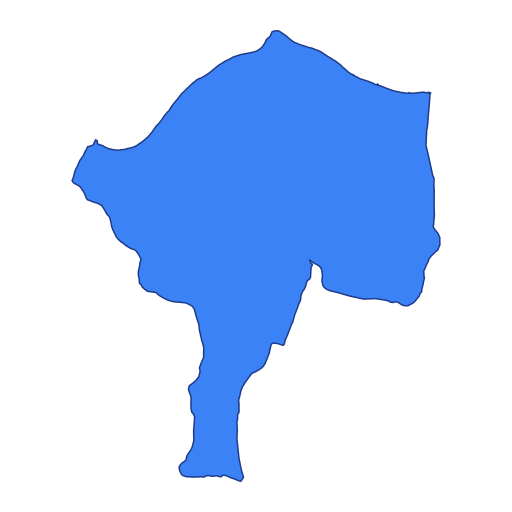 outline of Dom Aleixo, Dili, East Timor
{"feature_id": "22284137B34351426942246", "entity_name": "Dom Aleixo", "entity_type": "district", "adm_level": 2, "iso_a3": "TLS", "parent_name": "East Timor", "parent_adm1": "Dili", "projection": "natural_earth1", "projection_center": [125.529, -8.576], "detail": "fine", "context": "isolated", "style": "filled", "palette": "blue", "viewbox_px": 512, "rotation_deg": 0, "n_neighbors": 0, "source": "geoboundaries", "source_scale": "gbopen_adm2", "svg_char_len": 5941}
<svg xmlns="http://www.w3.org/2000/svg" viewBox="0 0 512 512"><path d="M240.8,481.3L241.9,479.8L243.5,477.2L241.5,470.5L240.6,466.5L238.9,457.7L236.9,438.5L237.3,429.7L236.9,422.2L237.6,418.9L237.6,414.6L239.0,412.3L239.0,403.8L238.6,400.2L239.9,395.5L241.0,390.3L242.5,386.7L245.1,382.5L248.3,378.1L251.8,373.4L255.8,371.6L258.5,370.0L261.0,368.4L263.3,366.3L265.2,363.2L267.0,358.8L269.2,353.1L271.2,344.2L272.7,343.2L274.7,343.2L278.3,343.7L281.9,345.0L283.5,345.2L284.3,343.9L285.2,340.3L287.0,336.1L290.4,327.5L290.7,326.1L292.7,322.1L294.8,314.5L297.3,308.2L298.9,303.7L300.5,300.3L300.9,295.8L302.2,292.1L304.3,289.1L305.7,286.0L306.3,283.3L307.2,280.8L309.5,279.1L310.5,277.5L311.0,268.2L311.3,267.3L312.2,265.1L312.4,264.3L311.0,263.5L310.4,262.2L309.9,260.3L314.7,263.5L317.7,265.0L319.7,266.5L320.7,267.7L321.6,269.7L322.1,272.3L322.4,274.9L322.3,276.4L321.9,280.6L322.5,283.6L323.2,286.2L324.6,287.7L325.9,288.8L329.2,290.5L337.1,292.4L349.9,296.1L363.8,299.1L375.6,298.6L384.4,300.0L388.1,300.8L390.6,302.2L393.0,302.5L395.8,301.7L397.9,302.2L401.9,304.9L404.3,305.7L406.5,305.7L407.7,305.8L412.8,303.2L414.7,301.6L419.3,295.9L419.8,293.9L420.7,292.8L421.7,291.6L421.8,289.1L422.9,285.3L423.5,282.0L424.4,278.0L423.9,275.4L423.9,273.6L423.7,271.3L426.3,265.3L428.1,261.5L429.0,258.9L431.0,256.2L433.6,253.7L435.9,251.4L437.8,250.0L439.9,244.8L439.8,241.0L439.8,237.6L438.1,233.6L435.6,230.5L433.9,228.2L433.3,226.8L434.4,215.4L434.3,212.2L434.1,204.9L434.1,198.6L434.2,190.7L433.9,186.1L434.0,178.2L432.7,175.5L429.1,158.7L426.0,145.5L426.0,143.7L426.2,141.2L426.2,140.5L426.6,132.7L426.6,130.2L427.1,128.6L427.5,125.9L427.9,121.7L428.2,116.3L428.5,113.1L429.4,102.8L429.7,98.7L429.9,94.7L430.6,93.0L429.1,92.6L428.8,92.2L428.1,92.6L428.2,92.9L426.6,92.7L423.9,92.3L422.6,92.2L420.8,92.4L418.4,92.7L412.5,93.3L409.7,93.1L409.6,92.7L409.2,92.7L409.1,93.2L406.9,93.2L402.2,92.6L398.1,91.8L394.9,91.1L392.7,90.5L390.0,89.6L388.2,88.9L386.0,88.1L384.1,87.3L379.3,85.5L378.1,84.9L378.0,84.4L377.6,84.0L377.3,84.1L377.0,85.1L374.5,84.2L372.6,83.0L370.2,82.3L368.5,81.4L367.8,81.2L366.3,80.8L363.8,79.9L362.4,79.5L361.2,79.1L360.5,78.9L359.4,78.5L359.0,78.3L358.8,78.2L358.3,77.8L354.1,75.6L353.7,75.3L353.4,74.8L353.4,74.7L353.1,74.7L352.9,74.8L352.7,74.7L350.8,73.8L349.0,72.6L348.7,72.5L347.9,71.7L347.7,71.5L347.4,71.2L346.7,70.6L346.3,70.3L345.5,69.4L343.8,68.1L343.2,67.7L342.5,67.0L342.2,66.8L341.1,65.5L340.2,64.7L338.6,63.4L338.4,63.3L338.1,63.1L337.1,62.3L335.5,61.1L334.2,60.3L332.8,59.6L332.2,59.0L331.5,58.6L329.2,57.3L327.8,56.4L327.4,56.2L325.6,54.9L324.3,54.2L323.8,53.9L322.7,52.9L320.8,51.8L319.4,51.0L318.3,50.6L317.2,50.3L316.7,50.0L315.9,49.9L314.8,49.4L314.7,49.2L314.4,49.1L314.2,49.0L313.2,48.7L312.1,48.2L308.4,47.4L306.7,46.8L303.8,45.8L300.7,44.9L298.6,44.2L297.5,43.5L295.7,42.9L294.1,42.2L292.4,41.1L290.1,39.3L285.7,35.5L279.4,31.3L278.0,30.8L276.4,30.7L275.0,30.9L273.7,31.2L272.6,31.5L272.0,31.9L270.7,35.1L270.2,36.1L269.3,37.1L267.7,38.4L266.7,39.2L266.2,40.0L265.3,42.2L263.5,45.2L262.0,47.2L260.3,48.7L258.6,49.9L257.0,50.8L255.0,51.7L249.1,53.0L241.0,54.5L239.0,55.1L236.2,56.1L234.6,56.5L232.9,57.2L230.3,58.7L225.3,61.1L219.0,65.0L214.8,68.3L212.4,70.4L209.8,72.5L207.1,74.4L204.2,76.2L201.5,77.8L199.2,78.6L197.1,79.6L194.8,81.6L192.9,82.9L188.2,87.5L186.3,89.2L184.1,91.5L181.8,93.6L179.7,96.2L177.6,99.0L175.4,101.5L173.3,104.1L170.9,107.4L169.5,109.8L169.2,110.5L168.3,111.4L167.5,112.0L166.9,112.7L166.7,112.9L164.1,116.1L162.4,118.7L161.0,120.8L160.0,122.0L159.7,122.5L158.7,123.6L157.7,124.6L157.1,125.1L156.2,126.0L155.7,126.9L154.9,127.9L152.7,131.1L151.8,132.4L151.7,132.6L151.1,133.1L150.9,133.4L149.0,135.7L147.0,137.8L146.0,138.6L144.4,140.1L143.0,141.1L141.9,142.0L141.1,142.6L140.0,143.2L137.3,145.2L136.1,145.8L135.6,146.2L135.0,146.5L133.2,147.1L132.7,147.4L131.2,147.8L130.7,147.9L127.7,148.5L126.3,148.9L125.0,149.3L124.2,149.5L123.4,149.6L122.1,149.6L120.5,149.9L119.8,150.1L119.0,150.2L117.9,150.2L117.6,150.1L115.4,150.1L111.9,149.4L111.2,149.2L110.6,149.1L110.0,149.0L108.2,148.5L105.1,147.1L104.0,146.5L103.2,145.9L102.4,145.5L101.4,145.2L99.9,144.8L99.1,144.6L98.1,144.2L97.7,143.8L97.4,143.4L97.2,143.0L97.4,142.0L97.4,141.1L97.2,140.8L96.8,140.7L96.4,140.2L96.1,140.1L95.6,139.9L94.5,141.9L93.3,144.9L91.6,145.7L87.6,146.8L87.3,147.7L84.6,152.7L83.2,155.8L81.7,157.9L80.2,160.0L78.6,163.2L77.2,166.6L75.9,169.0L74.9,171.3L73.4,177.3L72.1,180.7L73.5,182.8L75.3,183.9L78.0,185.2L80.6,187.2L82.2,189.9L84.1,192.5L86.2,197.9L87.4,199.7L89.6,200.5L93.3,202.0L98.0,203.4L102.0,205.8L105.2,211.0L106.8,214.1L109.2,216.5L110.1,218.8L110.9,222.1L111.7,226.5L112.9,229.9L114.5,233.1L116.1,236.6L117.9,238.9L120.8,241.7L123.0,243.1L125.7,245.4L128.9,247.4L131.1,248.7L134.6,249.7L136.1,250.9L138.2,253.8L139.9,256.9L141.0,259.3L140.0,262.4L139.8,264.2L139.1,268.3L138.4,271.2L138.3,274.8L139.2,279.0L139.4,283.1L141.2,284.9L142.3,287.0L144.6,289.2L147.5,291.3L150.9,291.8L156.0,292.5L159.0,295.3L163.3,297.9L168.0,300.2L173.3,301.7L176.9,302.0L185.9,302.9L189.7,304.7L192.4,306.3L194.2,309.0L195.1,312.2L196.3,316.6L197.4,320.2L198.9,324.6L199.4,330.0L201.9,341.1L202.6,343.0L203.9,348.1L203.6,352.5L203.6,357.4L201.3,362.7L199.4,367.9L200.2,370.8L198.9,376.5L196.2,380.1L193.0,383.0L189.3,385.7L188.5,388.7L188.9,391.1L190.9,396.3L191.1,399.4L190.9,404.1L191.0,408.7L191.9,412.4L193.5,414.1L194.6,417.0L193.6,431.5L193.8,439.0L193.7,441.3L192.1,447.2L191.0,449.7L188.3,453.5L187.1,455.5L186.5,457.4L186.2,459.6L184.8,461.2L182.2,462.8L180.6,464.6L179.2,466.8L179.3,469.4L180.4,472.3L181.3,474.1L182.7,475.5L186.4,476.7L190.1,476.9L193.2,477.1L196.3,476.9L199.1,476.9L201.0,476.6L202.7,477.1L204.4,476.9L205.9,475.9L207.9,475.5L209.6,475.8L212.8,476.4L213.9,476.1L215.7,475.8L217.2,475.9L219.5,476.6L220.9,476.8L221.9,476.1L222.7,475.3L223.7,475.2L225.6,475.5L227.5,476.2L230.9,477.8L234.3,478.9L238.6,480.7L240.8,481.3Z" fill="#3b82f6" stroke="#1e3a8a" stroke-width="1.5"/></svg>